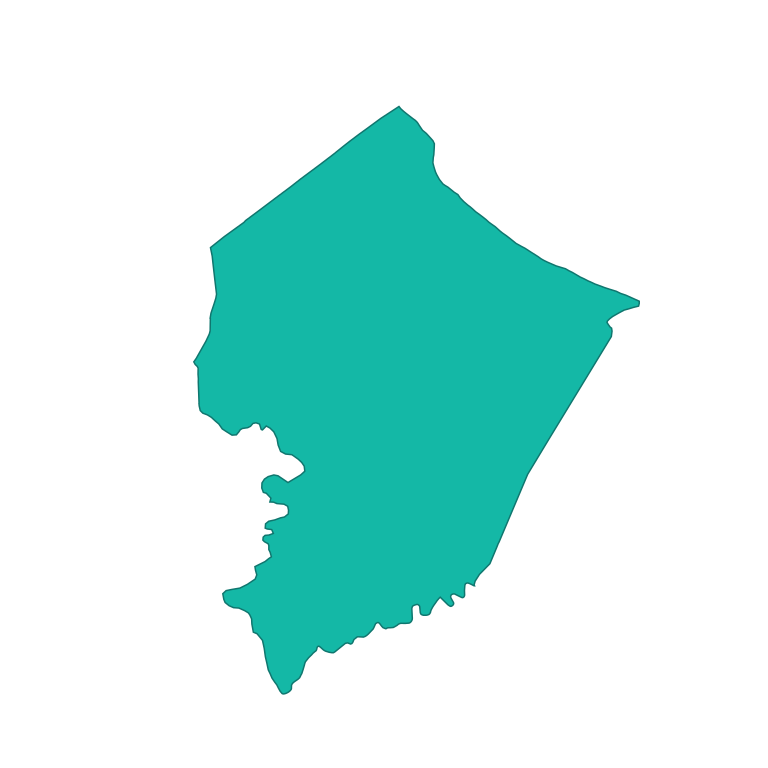 outline of La Libertad, Santa Elena, Ecuador, rotated 56°
{"feature_id": "8360857B88993978002865", "entity_name": "La Libertad", "entity_type": "district", "adm_level": 2, "iso_a3": "ECU", "parent_name": "Ecuador", "parent_adm1": "Santa Elena", "projection": "orthographic", "projection_center": [-80.886, -2.24], "detail": "fine", "context": "isolated", "style": "filled", "palette": "teal", "viewbox_px": 768, "rotation_deg": 56, "n_neighbors": 0, "source": "geoboundaries", "source_scale": "gbopen_adm2", "svg_char_len": 5294}
<svg xmlns="http://www.w3.org/2000/svg" viewBox="0 0 768 768"><g transform="rotate(56 384 384)"><path d="M586.0,635.2L585.8,633.2L585.4,632.0L584.9,631.2L583.1,629.9L582.0,629.1L581.2,627.7L580.8,626.0L580.7,623.9L580.7,621.0L580.6,619.8L580.3,618.1L578.5,615.0L578.4,614.7L578.1,614.1L576.6,612.2L575.2,610.4L572.2,606.8L571.9,606.6L570.4,604.6L568.8,599.7L568.2,596.4L568.1,595.7L567.5,593.4L567.2,590.8L567.2,590.0L567.1,589.4L566.6,588.5L565.1,586.9L564.8,586.4L564.7,586.0L564.6,585.5L564.7,585.1L565.0,584.6L565.6,584.3L566.6,583.9L570.6,582.9L571.8,582.4L572.7,581.9L573.5,581.3L575.7,579.5L577.6,577.5L578.5,576.2L578.6,574.5L577.8,565.5L577.4,561.0L578.3,558.9L580.9,557.1L581.2,555.8L580.8,554.5L579.0,551.8L578.7,547.4L579.9,545.7L581.5,543.6L582.3,542.6L582.7,540.9L582.8,539.1L582.5,536.7L581.0,529.9L579.9,528.0L578.4,525.7L578.0,524.8L578.0,524.0L578.1,522.9L578.7,522.0L580.0,521.6L580.9,521.5L583.4,521.4L585.4,521.1L587.2,519.9L587.7,519.6L588.1,518.8L588.1,517.4L589.8,514.7L591.0,512.5L591.1,512.2L591.3,509.7L591.4,508.1L591.3,507.5L591.2,506.2L591.4,505.2L591.7,504.0L592.7,502.6L594.5,500.0L595.6,498.0L596.2,497.0L596.4,496.2L596.3,494.9L596.0,493.9L595.2,492.5L593.9,491.4L592.5,490.6L585.7,486.5L585.0,485.7L584.5,485.1L584.2,484.3L584.2,483.3L584.3,482.7L584.7,481.3L585.0,480.3L585.6,479.4L586.1,479.1L586.9,478.8L587.9,478.7L588.8,479.0L593.9,481.8L595.3,482.1L596.6,481.6L597.7,480.7L599.3,478.3L599.7,477.5L600.2,475.8L600.1,474.8L599.5,473.4L598.1,471.9L597.2,470.4L596.1,468.3L595.3,466.4L594.0,462.9L593.3,461.2L592.5,458.4L592.2,456.6L602.7,454.5L604.0,454.0L604.9,453.6L605.3,453.4L605.5,453.2L605.8,452.7L605.9,452.3L606.0,451.7L605.9,450.8L605.8,450.2L605.6,449.8L605.2,449.2L604.8,448.9L604.1,448.6L599.3,448.2L598.3,448.0L597.6,447.7L596.9,447.0L596.6,446.6L596.5,446.1L596.4,445.4L596.5,444.8L596.8,444.0L597.2,443.3L597.8,442.7L598.8,442.2L604.2,439.1L604.7,438.7L605.0,438.4L605.2,438.0L605.2,437.6L605.2,436.8L604.8,436.0L604.5,435.6L604.1,435.2L600.1,432.7L596.2,429.6L595.8,429.1L595.4,428.6L595.3,428.3L595.2,427.8L595.3,426.9L595.7,426.0L596.0,425.6L597.5,424.5L599.6,423.3L601.1,422.5L601.5,422.3L601.9,421.8L600.9,421.6L598.4,418.7L595.2,411.3L592.2,396.7L582.4,381.8L580.2,378.6L579.3,376.9L539.2,315.4L522.6,279.6L471.8,169.0L467.7,165.4L465.0,164.1L463.1,164.7L460.0,164.8L457.6,164.7L456.7,163.5L456.1,160.4L455.9,156.7L456.1,153.9L456.4,149.8L457.0,143.6L458.4,139.5L460.0,134.3L461.8,129.4L460.0,127.4L458.1,126.1L445.5,133.9L441.2,137.2L437.0,139.6L431.8,143.8L427.6,147.1L424.3,149.4L421.0,151.8L419.1,153.2L416.7,154.6L414.4,156.0L412.9,157.0L408.7,159.3L404.9,161.6L396.9,165.4L393.6,167.3L389.9,169.1L387.0,171.5L382.3,175.3L374.3,180.4L371.0,182.3L368.2,183.7L364.4,185.1L356.9,188.4L353.6,189.8L350.3,191.2L347.0,193.0L344.2,194.4L341.3,195.9L333.8,198.2L329.6,199.6L324.9,201.4L321.6,202.4L315.9,203.8L311.2,205.6L308.4,206.6L304.6,207.5L297.6,209.8L292.4,211.7L288.6,212.6L285.3,213.5L282.5,214.5L277.3,215.9L272.2,216.8L268.4,216.8L264.2,218.6L256.6,220.9L253.4,222.4L251.0,223.3L245.4,223.7L239.7,223.2L236.9,222.7L232.2,221.3L228.0,219.8L223.8,216.5L221.9,214.6L216.3,210.3L213.0,207.9L209.7,207.4L203.2,208.3L199.9,208.8L195.2,210.2L190.0,210.2L185.8,210.1L183.0,210.6L180.6,211.5L176.4,212.9L172.1,214.3L168.8,215.3L165.1,216.2L162.3,216.4L162.3,216.6L162.0,238.1L162.7,255.2L163.0,264.8L163.6,276.6L164.2,284.5L165.3,297.6L166.3,314.6L167.4,338.4L168.3,350.7L169.2,369.5L170.3,390.2L171.1,407.4L171.7,409.7L172.5,434.1L173.9,451.6L181.9,454.9L188.3,458.3L202.7,465.8L215.9,472.6L218.8,475.4L222.5,480.0L228.5,487.8L232.7,491.8L232.1,491.0L242.7,498.4L244.9,500.9L248.9,507.6L257.8,525.4L259.3,529.3L262.3,529.6L265.0,529.0L266.9,529.2L268.6,530.4L271.9,532.7L275.9,535.0L278.4,536.8L292.4,545.5L296.4,548.0L296.5,548.2L296.9,548.4L298.9,549.5L303.3,551.2L306.9,550.5L310.8,547.7L315.0,545.8L320.5,544.5L324.8,543.3L330.8,543.2L335.8,541.1L341.4,538.6L343.6,534.8L342.7,531.8L342.7,531.6L341.5,528.6L341.7,526.2L342.9,523.7L344.0,521.4L344.4,518.3L343.4,514.7L344.6,511.8L347.6,509.6L353.0,511.2L354.0,510.6L354.1,510.4L353.0,505.1L356.7,503.2L362.0,502.1L369.4,503.2L375.4,505.9L382.1,507.4L387.0,504.8L391.1,499.9L398.2,497.2L403.1,496.1L407.5,496.1L412.0,498.4L412.8,504.0L412.4,511.1L412.0,518.7L407.5,520.5L400.8,523.2L397.8,526.2L396.0,531.8L396.0,536.3L397.8,540.5L401.9,543.5L406.4,544.6L408.7,542.7L412.8,542.0L415.4,541.6L418.0,544.6L420.2,541.6L423.2,539.7L427.7,534.1L431.5,532.2L435.2,533.7L438.2,536.0L438.6,540.9L437.1,544.6L435.6,550.6L433.3,556.3L433.7,560.4L437.1,563.1L438.9,561.9L441.9,558.5L446.0,559.3L444.9,563.8L443.0,567.2L443.4,569.8L445.7,571.7L447.9,571.3L451.6,569.4L453.5,569.8L456.9,572.1L459.9,572.5L464.3,574.0L464.3,577.3L464.7,581.9L463.2,593.1L466.6,594.7L471.1,596.2L473.7,599.9L473.7,609.3L472.6,617.6L469.2,625.1L467.0,630.4L467.7,634.9L472.9,637.2L476.3,637.9L481.2,636.4L485.3,633.8L488.6,629.6L493.9,626.3L498.0,624.4L500.6,624.4L504.7,625.1L509.2,627.8L516.7,631.1L520.0,628.9L524.1,628.5L528.6,628.1L536.1,631.1L543.9,634.9L549.9,637.2L556.3,639.8L560.6,640.4L565.1,641.3L570.1,641.3L573.5,641.1L577.2,641.6L580.6,641.9L582.5,641.7L583.5,641.6L584.1,641.3L584.7,640.7L585.1,639.9L585.6,638.5L585.9,636.7L586.0,635.2Z" fill="#14b8a6" stroke="#0f766e" stroke-width="1.5"/></g></svg>